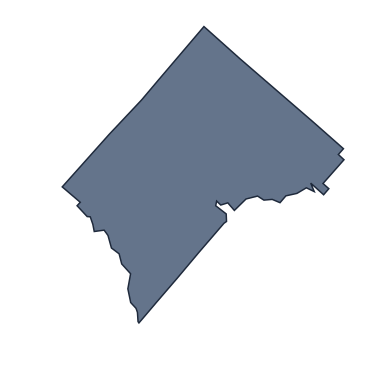 outline of Lawrence, Arkansas, United States of America, rotated 130°
{"feature_id": "52423323B35543237136284", "entity_name": "Lawrence", "entity_type": "district", "adm_level": 2, "iso_a3": "USA", "parent_name": "United States of America", "parent_adm1": "Arkansas", "projection": "orthographic", "projection_center": [-91.031, 36.069], "detail": "fine", "context": "isolated", "style": "filled", "palette": "slate", "viewbox_px": 384, "rotation_deg": 130, "n_neighbors": 0, "source": "geoboundaries", "source_scale": "gbopen_adm2", "svg_char_len": 808}
<svg xmlns="http://www.w3.org/2000/svg" viewBox="0 0 384 384"><g transform="rotate(130 192 192)"><path d="M201.0,292.5L271.5,294.7L271.7,271.0L276.4,271.2L278.2,256.5L276.4,254.0L280.5,247.2L285.1,241.5L277.7,234.8L279.3,228.4L286.7,217.7L286.2,208.1L292.3,199.6L294.1,186.5L307.4,178.9L316.1,167.9L317.1,160.1L319.3,156.4L326.0,150.0L326.4,148.5L317.0,148.4L298.9,148.3L267.0,147.9L234.4,147.9L195.4,147.4L192.4,146.6L186.8,151.7L187.3,165.0L183.1,167.3L183.5,161.6L177.3,157.6L178.9,147.7L162.6,146.1L153.0,139.2L152.0,131.7L146.1,125.8L143.6,117.7L134.6,117.6L125.6,110.7L115.3,107.1L113.1,98.6L108.9,106.8L109.5,89.4L101.5,89.3L101.3,97.1L69.6,96.3L69.2,104.0L61.5,103.8L60.5,143.6L59.1,240.8L57.6,289.2L127.7,289.7L154.0,289.8L201.0,292.5Z" fill="#64748b" stroke="#1e293b" stroke-width="1.5"/></g></svg>